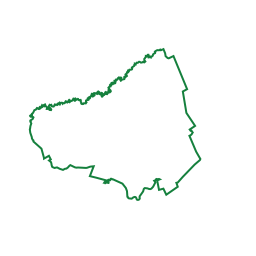 Sicula, Arad, Romania (Natural Earth projection), rotated 317°
{"feature_id": "2599482B64566475675092", "entity_name": "Sicula", "entity_type": "district", "adm_level": 2, "iso_a3": "ROU", "parent_name": "Romania", "parent_adm1": "Arad", "projection": "natural_earth1", "projection_center": [21.749, 46.472], "detail": "fine", "context": "isolated", "style": "outline", "palette": "green", "viewbox_px": 256, "rotation_deg": 317, "n_neighbors": 0, "source": "geoboundaries", "source_scale": "gbopen_adm2", "svg_char_len": 5572}
<svg xmlns="http://www.w3.org/2000/svg" viewBox="0 0 256 256"><g transform="rotate(317 128 128)"><path d="M158.7,200.5L159.8,200.0L161.7,191.8L167.6,175.6L168.9,176.0L170.2,176.0L172.3,175.4L172.3,174.7L172.6,173.3L171.9,172.8L172.1,171.2L178.5,172.2L181.0,156.8L193.0,138.7L197.7,139.9L210.3,106.4L205.3,104.8L204.7,103.8L204.5,101.1L206.1,98.7L207.7,94.5L205.4,93.7L205.1,93.5L205.3,93.0L205.1,92.6L204.0,92.5L203.3,91.9L202.5,91.0L200.4,90.5L199.7,90.5L199.3,91.5L198.9,91.7L197.2,91.2L196.3,91.4L195.5,92.0L194.3,92.0L193.5,91.4L192.8,92.0L192.6,91.6L192.7,90.6L192.4,90.5L191.6,90.7L191.3,90.5L192.1,89.6L192.1,89.4L191.5,89.6L191.2,89.5L191.2,89.3L191.7,88.9L192.7,88.8L192.9,88.4L192.3,87.9L190.8,88.3L190.2,87.5L189.5,88.3L188.8,88.2L188.1,88.5L187.0,88.6L186.3,89.4L186.0,91.2L184.6,91.1L184.4,90.8L184.2,89.9L182.8,89.6L182.0,88.9L181.8,87.9L181.3,87.1L179.6,87.0L179.0,86.2L177.5,86.5L177.1,85.8L176.6,86.7L175.8,86.0L174.9,86.8L172.1,86.4L171.5,87.5L170.9,87.8L170.1,87.5L168.9,86.4L167.8,87.0L167.6,86.8L167.7,86.1L167.4,85.9L166.7,86.3L166.4,87.2L166.2,87.4L165.8,87.3L165.6,86.5L165.4,86.5L164.3,87.2L162.7,87.1L162.4,87.3L162.4,88.3L162.9,88.7L162.7,89.2L160.7,89.0L160.4,88.2L160.2,88.1L159.7,88.5L159.7,89.2L158.9,89.4L158.6,89.7L156.6,88.5L155.4,88.6L155.0,88.5L155.2,87.6L157.3,86.6L157.2,86.2L156.9,86.0L155.4,85.9L155.4,85.5L156.0,85.2L155.9,84.8L154.6,84.7L153.5,85.3L153.0,85.3L152.8,85.2L152.4,84.4L151.7,84.5L151.3,84.9L150.4,84.3L150.2,84.7L150.6,85.4L149.3,85.7L149.2,86.0L149.5,86.3L149.2,86.5L148.0,85.9L148.1,85.6L146.7,85.6L146.6,85.1L147.6,84.3L146.7,83.8L146.1,84.3L144.8,84.2L144.9,85.0L144.6,85.4L144.3,85.3L144.0,84.9L143.6,84.8L143.3,84.9L143.2,85.5L142.3,85.1L141.2,85.2L141.1,86.4L140.8,86.6L140.4,86.4L140.1,86.7L140.6,87.1L140.8,87.8L140.4,87.9L139.4,87.2L139.2,87.4L139.4,87.9L140.5,88.8L140.6,89.3L140.3,89.5L139.1,89.0L138.9,88.0L138.5,88.2L138.5,89.2L137.7,88.8L137.4,87.9L137.1,87.8L136.6,88.0L136.2,88.9L135.8,89.0L135.3,88.4L136.3,86.8L136.3,86.5L135.6,86.4L134.3,87.3L133.6,87.0L133.4,87.5L133.2,87.6L132.9,87.4L132.7,86.9L133.0,86.2L132.9,86.0L132.3,85.6L132.0,85.6L131.7,85.9L131.5,87.2L131.2,87.5L130.6,87.5L130.4,87.4L130.5,86.7L131.2,84.7L131.8,84.7L132.3,85.0L132.8,84.7L132.6,84.2L132.4,84.1L130.4,83.8L130.4,83.4L130.9,82.9L130.8,82.5L131.4,82.1L131.3,81.6L129.6,82.5L129.1,82.4L129.1,82.0L129.3,81.8L131.1,81.3L131.1,81.0L130.9,80.9L129.6,81.0L128.5,81.4L128.1,81.3L128.0,80.5L127.0,79.3L126.4,79.3L125.8,79.7L125.5,79.6L125.2,79.2L125.2,78.7L124.9,78.3L124.2,78.6L124.0,79.4L124.2,79.8L125.8,80.7L125.9,80.9L125.7,81.3L123.8,81.0L123.6,80.9L123.3,79.7L122.8,79.3L122.0,79.4L121.2,79.9L120.9,79.1L120.6,79.0L120.3,80.1L119.9,80.2L119.2,78.9L118.8,78.8L118.5,79.0L118.3,80.3L118.2,80.4L116.5,79.3L116.0,79.3L115.0,80.2L115.1,80.9L113.9,81.2L112.6,79.8L112.2,79.6L112.0,79.9L111.6,79.9L111.3,79.7L111.3,79.4L110.6,78.9L110.5,78.2L111.3,77.2L111.4,76.3L112.3,75.7L112.5,75.1L111.1,74.1L111.0,73.4L111.3,72.7L111.2,72.5L109.8,72.3L109.2,72.0L109.7,70.9L109.6,70.5L108.9,70.7L108.2,71.9L107.7,71.9L107.5,71.3L108.3,70.2L108.3,69.8L108.1,69.3L105.7,69.9L104.0,69.2L102.8,69.3L102.7,69.1L103.0,68.6L104.3,67.8L104.2,67.3L103.8,67.3L101.6,67.9L100.9,67.9L100.7,67.3L100.9,66.5L100.8,66.0L100.2,66.0L99.0,66.6L98.2,66.4L97.8,65.8L96.8,65.7L97.2,65.0L97.1,64.7L96.4,64.0L95.4,63.7L95.3,62.8L94.6,62.9L94.4,63.3L94.5,64.1L94.2,64.4L93.9,64.2L93.7,63.8L93.7,62.4L93.3,62.3L91.9,62.9L91.7,62.8L91.5,61.9L90.8,61.6L90.6,60.9L90.1,61.0L89.8,61.5L89.1,61.4L88.3,61.6L87.8,61.2L87.0,59.9L87.2,59.4L87.6,59.1L87.7,58.7L86.7,58.3L86.5,57.6L85.2,57.9L84.5,58.5L84.3,58.9L84.7,60.4L84.7,61.2L84.4,62.2L83.9,62.4L83.0,61.4L82.9,61.0L83.1,60.1L82.9,59.4L81.9,59.0L81.6,58.7L83.0,57.8L82.8,55.8L81.9,55.5L81.8,55.3L83.2,54.7L83.4,54.2L82.2,53.8L81.6,53.9L80.8,53.8L80.7,53.6L80.7,52.7L79.8,53.0L79.9,53.7L79.6,54.2L78.2,53.8L77.4,53.8L77.4,53.5L77.8,52.9L77.7,52.5L77.3,52.6L76.7,53.6L75.9,53.5L75.4,52.9L75.4,51.9L75.1,51.3L73.1,51.7L71.7,51.1L68.9,52.2L67.3,52.1L67.1,52.2L66.8,53.0L66.5,53.2L66.1,53.0L65.5,52.3L64.7,52.3L64.5,52.8L64.7,53.7L65.9,54.8L66.1,55.4L66.1,55.7L64.4,56.4L61.7,55.9L61.5,56.2L61.5,56.7L60.9,56.8L60.4,58.7L58.0,60.0L55.8,61.8L55.3,62.0L53.3,64.8L51.4,69.1L50.7,70.0L50.2,71.6L50.4,72.4L50.3,72.7L49.6,73.4L50.6,84.1L46.2,92.5L45.7,93.1L51.2,94.4L50.1,98.3L48.1,97.9L48.4,100.3L47.9,101.5L46.8,103.1L46.6,103.6L46.1,104.5L46.1,105.0L47.0,107.1L49.2,108.4L50.3,111.4L51.9,114.3L54.0,114.8L55.3,115.7L57.2,115.9L58.8,115.7L60.5,115.8L62.4,120.7L63.4,122.0L64.4,122.7L70.0,128.5L70.8,129.1L74.0,130.5L76.8,132.6L67.3,137.2L70.9,142.7L76.5,151.7L74.0,151.6L73.3,151.8L73.6,152.1L73.6,152.8L73.9,153.0L74.5,153.1L75.0,152.8L76.0,153.0L75.9,154.5L76.1,154.8L76.3,154.9L76.6,154.7L77.6,152.6L78.1,152.4L78.5,152.6L78.7,153.7L79.2,154.0L79.6,154.0L80.6,153.3L81.1,153.6L81.5,154.4L81.6,155.0L82.0,155.3L86.0,164.9L85.5,170.4L84.2,173.5L80.7,177.8L80.9,178.1L80.5,179.2L80.5,179.7L80.8,180.2L82.5,182.2L84.7,182.4L85.9,183.0L86.4,183.7L86.4,184.2L86.3,184.9L85.8,185.9L85.7,186.6L85.9,187.0L86.4,187.5L87.0,187.8L87.8,187.8L88.3,187.7L88.8,187.3L89.3,186.4L90.0,185.9L95.8,184.7L97.9,183.4L98.4,183.3L99.3,183.4L99.6,183.7L101.1,185.5L101.7,186.8L102.1,187.3L102.8,188.0L103.8,188.3L106.3,188.1L110.8,186.5L111.0,186.2L111.2,184.5L112.3,185.0L112.7,184.8L113.6,184.6L114.2,184.8L114.9,185.9L115.9,186.4L116.2,187.2L114.4,186.5L113.5,186.6L113.2,186.8L108.5,194.4L112.5,196.5L110.5,202.9L124.3,204.9L126.0,201.1L127.2,201.8L134.8,201.1L151.8,200.2L158.7,200.5Z" fill="none" stroke="#15803d" stroke-width="2"/></g></svg>